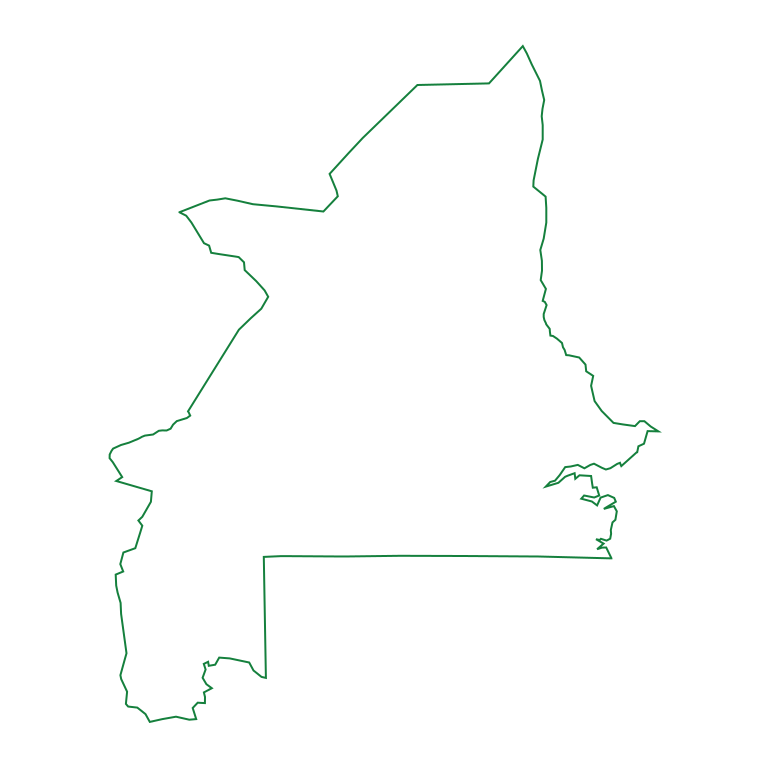 Kiffa, Assaba, Mauritania
{"feature_id": "47542326B84598403271907", "entity_name": "Kiffa", "entity_type": "district", "adm_level": 2, "iso_a3": "MRT", "parent_name": "Mauritania", "parent_adm1": "Assaba", "projection": "albers", "projection_center": [-11.344, 16.693], "detail": "fine", "context": "isolated", "style": "outline", "palette": "green", "viewbox_px": 768, "rotation_deg": 0, "n_neighbors": 0, "source": "geoboundaries", "source_scale": "gbopen_adm2", "svg_char_len": 2916}
<svg xmlns="http://www.w3.org/2000/svg" viewBox="0 0 768 768"><path d="M125.1,658.2L120.4,675.2L121.2,679.1L127.1,691.7L125.9,703.9L128.1,706.5L128.6,706.6L137.3,707.6L145.5,714.1L149.8,721.9L162.4,719.1L176.0,716.7L189.3,719.7L196.2,719.1L192.7,708.0L197.7,702.7L204.9,703.1L205.0,697.0L203.9,692.4L211.8,688.2L206.4,684.2L202.6,677.8L205.6,669.5L203.8,663.9L208.1,661.8L208.8,665.8L215.2,664.7L219.2,657.6L229.7,658.4L249.2,662.5L253.5,670.5L261.5,676.9L265.9,677.9L263.8,556.9L281.6,556.1L344.3,556.5L400.1,555.8L462.9,556.0L538.6,556.5L608.8,558.3L611.4,558.3L611.4,558.2L606.2,547.5L602.1,547.6L597.1,549.2L603.6,543.6L596.0,539.2L599.7,540.0L600.9,538.8L606.6,540.6L610.2,538.7L611.1,533.8L610.8,530.1L612.5,522.4L615.4,519.8L616.8,511.3L613.9,506.1L603.8,508.9L606.4,507.3L615.8,501.7L614.2,497.9L607.9,495.1L605.0,496.1L600.6,497.6L597.1,505.4L591.9,501.5L581.3,498.7L584.1,495.5L594.2,497.5L599.2,495.5L596.7,487.3L592.8,487.7L592.1,483.3L591.1,476.0L579.5,475.3L575.3,478.8L574.6,473.2L567.7,475.7L565.1,476.8L558.4,482.8L545.8,486.6L550.2,482.0L555.0,480.7L559.7,475.1L565.2,467.1L570.7,466.5L577.8,464.9L584.4,468.3L590.4,464.9L594.0,463.7L601.9,467.8L605.9,469.5L610.4,468.2L617.2,463.9L620.0,462.8L620.7,464.8L621.3,466.1L636.8,452.2L637.2,452.2L637.9,448.8L638.4,446.3L644.0,443.7L647.6,431.1L658.4,431.4L650.7,426.5L644.4,421.2L639.8,421.2L635.0,426.1L622.7,424.4L613.5,422.9L601.7,411.0L594.6,401.1L592.3,391.1L591.1,385.8L593.2,375.9L586.2,371.3L585.5,364.6L579.2,357.5L569.0,355.3L566.2,355.1L565.4,352.5L564.6,349.9L563.0,347.3L562.0,343.0L556.9,338.6L553.0,336.0L550.4,335.6L549.9,331.6L549.7,328.9L546.2,324.3L546.0,323.4L544.4,320.1L543.7,317.0L543.7,314.0L546.6,305.1L544.8,301.9L542.7,300.9L545.9,288.9L540.7,280.1L542.0,270.7L542.0,270.4L541.9,260.8L540.3,250.0L543.7,238.6L546.3,222.6L546.3,207.8L545.6,196.6L533.3,186.6L533.6,180.4L537.9,158.9L542.7,139.5L542.7,125.1L541.7,116.3L542.5,108.8L544.2,100.0L541.9,90.2L540.0,80.9L531.8,64.5L526.8,53.4L522.8,46.1L489.0,83.4L417.4,85.0L362.8,137.9L348.4,153.3L329.6,173.9L336.5,190.6L337.8,196.3L323.4,211.5L276.4,206.4L252.9,204.2L237.5,200.7L225.3,198.3L217.3,199.6L209.5,200.5L179.5,212.2L179.5,212.3L186.2,215.7L191.4,222.5L204.0,243.2L209.1,245.6L211.2,252.8L219.2,254.1L236.4,256.7L238.7,257.1L244.0,262.3L244.7,270.1L256.2,281.1L264.6,290.4L268.2,296.8L261.3,308.7L250.8,318.2L238.9,329.7L188.0,411.4L188.7,412.4L190.2,415.6L186.9,418.0L176.8,421.1L173.1,424.6L170.6,428.7L166.6,430.5L162.2,430.4L158.8,430.8L153.1,434.5L144.9,435.6L141.7,436.9L140.6,437.6L138.3,438.8L128.9,442.7L121.0,445.0L113.1,448.6L111.5,450.9L109.7,454.5L109.6,458.2L112.8,462.2L122.2,477.1L116.3,481.0L151.8,491.3L150.9,501.8L142.3,516.8L138.4,520.5L142.3,525.7L140.2,532.6L135.3,548.2L123.4,552.5L120.3,564.1L123.2,571.5L115.7,574.6L116.2,585.6L117.6,592.6L120.6,602.9L121.1,613.9L126.5,653.3L125.1,658.2Z" fill="none" stroke="#15803d" stroke-width="2"/></svg>